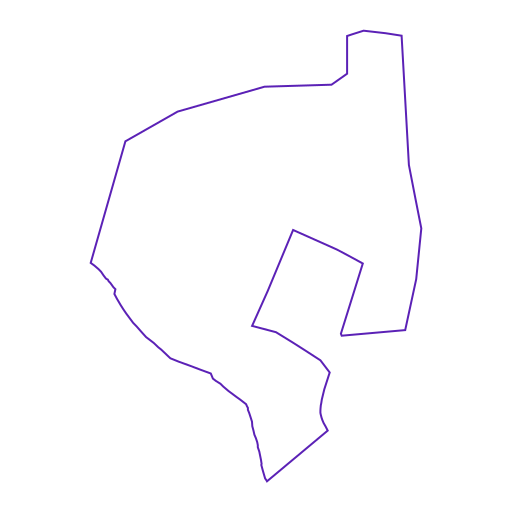 the district of Town, Vieux Fort, Saint Lucia
{"feature_id": "8701671B64489112890700", "entity_name": "Town", "entity_type": "district", "adm_level": 2, "iso_a3": "LCA", "parent_name": "Saint Lucia", "parent_adm1": "Vieux Fort", "projection": "robinson", "projection_center": [-60.954, 13.728], "detail": "fine", "context": "isolated", "style": "outline", "palette": "violet", "viewbox_px": 512, "rotation_deg": 0, "n_neighbors": 0, "source": "geoboundaries", "source_scale": "gbopen_adm2", "svg_char_len": 1363}
<svg xmlns="http://www.w3.org/2000/svg" viewBox="0 0 512 512"><path d="M341.7,335.7L405.2,330.1L416.2,279.2L421.3,228.4L415.5,199.0L408.9,165.0L401.6,35.7L385.5,33.2L363.6,30.7L352.2,34.3L350.4,34.9L347.1,36.0L347.1,73.7L331.5,84.7L264.5,86.7L177.6,111.6L125.4,141.3L90.7,262.9L94.3,265.5L98.6,269.2L101.1,271.8L103.6,275.5L105.9,278.5L106.4,278.9L107.8,279.6L108.7,281.3L110.3,282.9L113.4,287.2L115.4,289.2L114.9,291.5L114.4,294.0L116.9,298.7L120.6,305.0L123.4,309.4L126.2,313.5L133.1,322.8L136.5,326.3L142.4,333.0L146.1,337.1L150.7,340.6L153.8,343.0L158.3,347.3L161.1,349.5L169.2,357.2L170.4,358.3L178.8,361.7L189.6,365.6L200.7,369.8L210.8,373.5L212.9,378.6L216.0,381.0L220.5,383.8L223.3,386.6L228.6,391.1L236.4,396.9L239.9,399.4L246.1,404.2L246.9,406.1L247.9,407.9L247.9,409.8L249.2,413.0L250.7,417.6L252.0,421.7L252.3,426.2L253.5,430.7L254.4,434.7L255.9,438.2L257.2,442.1L257.8,445.1L257.8,447.2L259.3,451.6L261.0,460.0L261.6,463.9L261.3,464.9L262.8,470.5L265.1,478.4L266.5,480.4L267.0,481.3L327.7,430.6L325.6,426.5L323.6,423.0L322.3,419.9L321.5,417.5L320.7,414.4L320.4,412.8L320.4,410.8L320.5,408.7L320.8,405.4L321.3,402.9L321.8,399.6L324.3,389.3L329.7,372.5L320.4,360.3L303.4,349.3L292.4,342.3L276.0,332.2L252.1,325.9L267.8,290.8L293.1,230.0L336.8,249.5L348.5,255.7L362.8,263.5L340.9,333.7L341.7,335.7Z" fill="none" stroke="#5b21b6" stroke-width="2"/></svg>